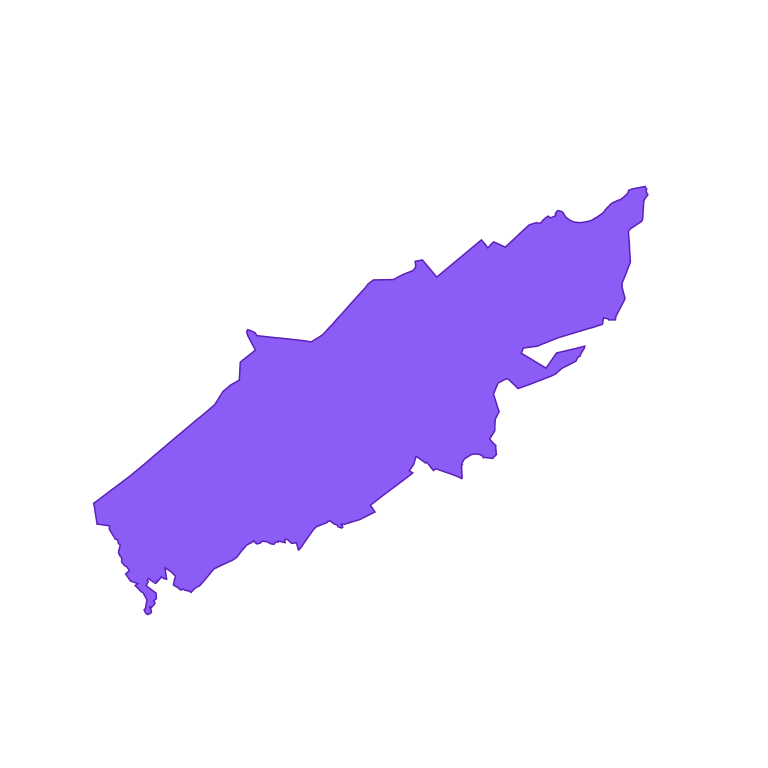 outline of Bebru pag., Kokneses, Latvia, rotated 144°
{"feature_id": "27541924B18398292435736", "entity_name": "Bebru pag.", "entity_type": "district", "adm_level": 2, "iso_a3": "LVA", "parent_name": "Latvia", "parent_adm1": "Kokneses", "projection": "mercator", "projection_center": [25.446, 56.734], "detail": "fine", "context": "isolated", "style": "filled", "palette": "violet", "viewbox_px": 768, "rotation_deg": 144, "n_neighbors": 0, "source": "geoboundaries", "source_scale": "gbopen_adm2", "svg_char_len": 6040}
<svg xmlns="http://www.w3.org/2000/svg" viewBox="0 0 768 768"><g transform="rotate(144 384 384)"><path d="M662.6,328.8L657.3,329.8L654.8,329.7L651.7,329.1L644.5,330.7L642.6,331.3L640.9,331.6L634.7,333.3L629.6,334.4L627.4,333.7L627.1,333.8L613.4,331.2L610.3,330.5L605.3,330.3L601.0,331.5L597.6,332.6L592.7,333.6L590.2,334.4L587.4,334.1L584.8,333.6L581.4,333.5L581.5,331.3L580.5,329.0L578.4,328.5L577.7,328.0L574.7,328.5L573.6,327.2L571.3,325.2L569.7,321.5L567.3,319.0L565.5,319.6L562.7,319.1L562.6,318.3L561.5,318.8L557.3,313.8L555.6,316.3L554.2,315.9L553.5,314.9L552.4,309.4L552.2,309.4L548.2,306.8L550.8,300.1L550.5,300.1L550.3,299.9L548.4,300.1L538.6,303.6L526.6,307.7L522.5,308.2L511.6,305.4L509.9,305.9L508.3,304.7L507.8,304.6L507.0,300.9L504.8,297.3L505.0,295.4L503.0,292.4L501.5,292.4L501.0,295.6L498.9,293.9L488.5,290.4L484.4,288.9L482.9,288.5L466.5,285.8L466.3,293.9L450.5,294.4L423.8,294.8L413.0,295.1L414.5,299.0L409.0,300.8L407.5,301.5L406.2,302.3L400.5,306.6L400.2,306.0L397.6,298.1L396.8,295.5L395.2,295.5L395.1,289.1L394.9,284.9L392.0,285.1L384.8,274.7L383.0,272.3L381.4,269.8L378.0,264.4L376.8,261.8L376.1,261.9L375.9,262.1L375.7,262.6L370.5,270.5L369.1,272.4L368.7,272.7L368.0,272.7L368.1,273.8L362.9,276.2L354.8,275.5L352.2,274.5L348.0,270.8L346.5,267.3L347.0,265.9L346.3,265.7L345.5,265.3L345.3,265.0L339.9,259.9L339.7,259.9L337.0,260.5L336.4,260.4L336.0,260.6L334.3,260.9L334.1,261.3L334.1,261.6L330.6,267.5L329.7,268.5L330.1,269.2L329.9,269.9L330.1,270.0L330.6,273.9L330.8,277.8L330.3,277.8L328.1,278.4L327.7,279.0L327.1,278.9L321.9,281.0L318.5,285.5L314.7,290.1L312.7,291.1L306.9,294.1L307.1,294.5L301.2,311.8L300.5,312.0L291.2,317.7L282.3,316.4L281.9,316.3L280.5,314.3L278.2,301.5L265.9,297.9L244.0,292.1L239.3,291.3L230.8,292.1L217.1,289.9L215.0,289.7L212.0,291.6L208.9,291.3L206.5,293.1L205.4,293.4L200.9,295.2L199.3,296.6L207.6,299.9L226.2,307.7L243.6,301.6L251.4,320.2L254.9,328.1L252.8,329.4L250.2,331.2L237.4,324.3L235.0,323.9L216.1,319.1L182.8,307.5L182.9,307.4L180.0,306.3L179.2,306.2L172.9,304.1L172.0,304.0L167.6,308.5L164.4,305.0L164.5,303.7L159.1,299.8L158.9,300.1L156.9,302.1L156.1,302.7L140.3,310.5L139.2,311.2L138.9,311.6L138.6,312.0L138.2,312.6L136.7,316.9L136.1,318.3L135.1,320.8L134.4,322.5L132.0,325.6L131.4,326.1L125.4,329.8L113.4,337.5L113.0,337.9L112.7,338.2L105.6,349.4L103.5,352.5L101.3,356.1L97.2,362.8L96.0,364.2L93.2,364.7L90.4,364.6L82.8,364.3L81.4,364.1L80.8,364.1L79.6,364.3L78.3,365.0L76.9,366.4L74.5,369.4L66.5,379.0L65.4,379.8L64.4,380.4L59.4,381.9L59.2,382.1L59.2,382.6L59.5,383.2L59.6,383.7L58.9,384.3L58.9,384.5L58.8,384.9L58.8,385.6L58.3,386.1L57.9,386.6L57.5,386.8L56.8,387.3L56.8,387.8L56.9,388.8L56.9,389.5L56.5,390.3L68.5,395.9L72.3,396.9L73.3,395.9L75.0,394.9L76.9,394.7L77.6,394.7L79.4,394.4L82.5,394.2L84.2,394.2L87.2,395.2L90.3,395.7L91.5,396.1L95.2,396.3L95.7,396.2L97.6,395.6L99.6,395.5L102.6,394.8L105.3,393.9L107.4,393.7L113.1,393.8L116.6,394.2L118.4,394.2L120.1,394.5L123.6,395.7L128.9,398.3L131.4,400.0L132.7,401.1L134.5,402.9L136.0,404.8L136.8,406.1L137.4,407.6L138.1,409.4L138.5,410.9L138.7,411.9L138.8,412.9L138.7,414.2L138.4,417.1L138.5,418.2L139.0,419.2L139.6,420.0L140.6,421.3L141.4,422.1L141.7,422.2L142.7,422.1L145.0,421.2L145.5,420.9L145.9,419.5L146.4,419.2L146.5,419.3L151.1,420.4L151.8,420.8L152.1,421.3L152.1,422.3L152.1,422.8L152.5,423.1L153.0,423.4L153.4,423.4L154.3,423.3L155.2,423.6L155.9,423.5L156.7,423.2L158.9,423.2L159.7,423.1L160.3,422.5L160.6,422.4L162.0,422.4L163.1,422.3L163.9,422.8L165.1,423.9L165.7,424.8L166.0,425.0L167.0,425.4L173.0,427.4L185.2,426.0L195.9,424.6L203.8,423.7L205.3,423.2L209.0,429.9L211.7,434.4L212.1,434.6L220.0,433.1L220.0,437.1L220.5,443.3L278.5,439.5L280.0,461.8L286.7,464.9L288.4,461.9L289.4,460.2L293.0,458.8L296.1,459.2L299.3,460.2L305.0,461.5L308.6,462.1L314.9,462.9L326.1,470.7L331.4,474.4L338.1,474.3L342.2,473.0L361.0,469.1L376.7,465.6L383.3,464.3L386.5,463.6L386.8,463.4L389.5,463.0L390.0,462.7L392.0,462.3L393.3,462.2L404.4,459.9L410.2,460.2L418.1,460.9L420.4,463.0L420.4,463.3L427.8,470.2L441.8,482.9L442.8,483.6L457.9,497.4L458.4,497.8L458.2,501.4L460.4,505.4L462.3,508.1L464.5,506.9L465.8,503.3L465.9,503.0L465.8,502.9L466.2,500.7L468.1,487.0L487.4,486.2L498.7,472.3L504.0,472.7L504.0,472.8L509.9,473.4L510.4,473.1L518.6,472.6L533.1,466.8L549.2,465.5L558.2,465.1L564.1,464.6L584.7,463.2L612.5,461.1L625.0,460.0L635.6,459.3L638.3,459.3L638.8,459.1L649.8,458.7L667.0,458.5L686.5,458.1L688.5,458.2L689.0,458.1L691.0,453.8L692.4,451.2L698.5,439.2L698.3,439.1L696.9,437.9L692.4,433.4L689.8,431.0L689.7,430.9L689.6,430.6L689.7,430.4L691.6,427.7L691.8,426.2L692.4,418.2L692.6,416.5L692.5,416.3L691.1,414.6L692.6,411.1L692.6,410.9L692.0,408.9L692.2,408.6L697.3,404.4L697.7,403.8L698.0,403.3L698.2,402.7L698.6,400.2L698.5,397.2L699.9,395.6L700.8,394.3L700.9,393.0L700.8,392.4L700.8,390.4L700.4,388.9L699.8,387.7L699.4,386.8L699.5,386.3L699.5,386.0L699.7,385.0L699.7,384.2L699.6,383.4L699.6,382.8L704.7,382.2L704.9,373.5L700.5,367.2L703.6,367.2L703.8,367.2L703.2,363.7L702.8,360.7L702.7,359.1L701.5,356.7L701.9,354.7L702.1,353.3L702.2,351.9L702.8,348.5L707.6,344.0L708.8,342.7L710.9,342.3L711.5,338.2L710.7,336.3L710.0,336.3L708.4,335.8L706.5,335.8L705.1,338.5L704.9,341.2L703.9,341.1L703.8,339.8L698.6,340.9L697.8,341.9L697.8,343.9L694.3,344.1L691.3,348.7L692.5,352.5L694.9,360.6L690.7,362.8L690.7,363.0L691.0,364.3L689.4,365.1L688.6,365.0L688.6,364.0L688.4,363.2L686.3,357.6L686.1,357.1L685.9,357.0L685.6,356.9L683.6,357.2L682.9,358.3L682.2,357.5L679.4,358.2L677.7,358.9L676.6,356.2L674.6,353.8L669.2,364.0L666.4,356.7L666.4,355.8L666.1,355.5L666.0,355.3L666.3,354.9L665.7,351.6L665.8,351.0L666.1,350.6L668.7,348.8L671.0,346.5L672.0,345.7L672.3,345.3L672.4,344.8L672.2,344.1L671.7,343.0L671.4,342.6L671.2,342.3L671.2,341.9L671.1,341.5L670.3,341.0L670.3,340.0L670.2,338.7L669.9,338.3L669.5,337.6L669.7,337.0L669.4,336.7L668.9,336.6L668.1,336.3L667.2,336.4L666.7,335.6L666.6,335.2L666.2,334.1L664.6,332.3L663.6,331.2L663.0,330.5L663.0,329.6L662.6,328.8Z" fill="#8b5cf6" stroke="#5b21b6" stroke-width="1.5"/></g></svg>